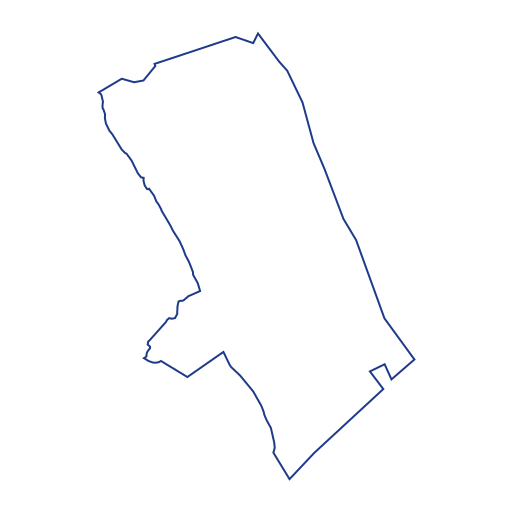 the district of Giles, Virginia, United States of America, rotated 271°
{"feature_id": "52423323B66517742770960", "entity_name": "Giles", "entity_type": "district", "adm_level": 2, "iso_a3": "USA", "parent_name": "United States of America", "parent_adm1": "Virginia", "projection": "albers", "projection_center": [-80.724, 37.315], "detail": "fine", "context": "isolated", "style": "outline", "palette": "blue", "viewbox_px": 512, "rotation_deg": 271, "n_neighbors": 0, "source": "geoboundaries", "source_scale": "gbopen_adm2", "svg_char_len": 1462}
<svg xmlns="http://www.w3.org/2000/svg" viewBox="0 0 512 512"><g transform="rotate(271 256 256)"><path d="M446.3,151.2L444.2,152.0L429.5,140.4L427.6,131.1L430.9,118.7L416.8,95.8L415.3,97.9L414.0,98.7L407.6,100.3L403.9,99.9L400.9,100.1L400.1,100.8L395.2,102.6L391.4,102.5L385.9,103.6L378.8,107.2L375.1,110.3L360.2,119.8L356.9,123.1L356.0,124.8L349.3,129.9L336.7,136.4L332.6,139.7L332.2,142.3L329.4,142.2L324.8,143.4L323.3,144.3L321.0,146.0L320.9,146.8L321.4,147.9L314.5,153.0L308.7,155.5L306.3,157.4L300.7,160.6L300.0,160.6L285.1,169.8L279.7,172.6L269.4,179.4L261.6,183.1L255.4,185.5L249.3,188.9L244.4,191.0L238.7,193.3L236.2,193.4L227.7,198.3L220.0,200.7L215.0,189.9L214.9,189.4L210.7,184.7L209.9,183.2L209.9,181.1L209.2,179.4L204.6,178.4L198.1,178.2L196.9,178.3L192.5,176.1L191.8,172.9L192.4,170.3L190.5,168.2L188.3,167.0L169.5,150.8L168.5,149.6L165.5,149.3L163.6,151.6L162.0,151.7L158.7,149.2L156.7,148.4L153.8,148.2L152.8,147.2L152.7,147.0L151.9,145.8L149.1,150.5L147.6,155.0L147.6,157.9L148.1,160.6L149.4,162.8L133.8,189.5L159.5,225.1L147.4,231.2L144.6,233.0L136.1,242.3L120.5,255.6L106.2,264.0L100.3,266.4L97.1,267.2L91.8,269.6L84.3,273.9L70.1,277.4L64.5,278.1L59.7,276.8L33.5,293.4L60.2,317.7L125.2,385.6L142.6,371.9L150.0,386.5L135.0,393.6L155.3,416.2L195.9,385.5L273.7,355.8L294.6,342.8L344.4,322.9L369.8,311.6L410.4,299.8L441.8,284.0L450.8,275.7L478.5,254.1L468.8,249.5L474.6,231.7L446.3,151.2Z" fill="none" stroke="#1e3a8a" stroke-width="2"/></g></svg>